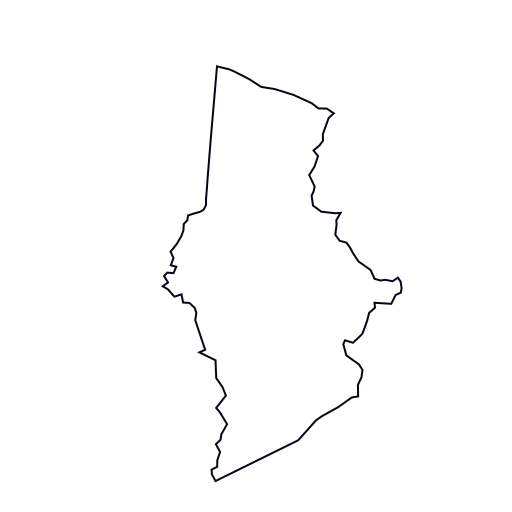 Morro Redondo, Rio Grande do Sul, Brazil, rotated 336°
{"feature_id": "56859067B73555987690660", "entity_name": "Morro Redondo", "entity_type": "district", "adm_level": 2, "iso_a3": "BRA", "parent_name": "Brazil", "parent_adm1": "Rio Grande do Sul", "projection": "albers", "projection_center": [-52.634, -31.623], "detail": "fine", "context": "isolated", "style": "outline", "palette": "ink", "viewbox_px": 512, "rotation_deg": 336, "n_neighbors": 0, "source": "geoboundaries", "source_scale": "gbopen_adm2", "svg_char_len": 1577}
<svg xmlns="http://www.w3.org/2000/svg" viewBox="0 0 512 512"><g transform="rotate(336 256 256)"><path d="M163.8,236.9L164.9,244.4L158.5,245.7L162.0,250.7L164.9,260.0L172.3,260.7L170.5,268.9L176.1,271.8L178.9,278.5L178.3,283.8L174.4,289.9L171.4,321.0L165.1,321.0L176.6,334.8L170.0,351.4L172.1,362.0L171.7,371.3L157.8,378.6L159.3,383.3L161.2,397.9L151.9,404.7L148.8,409.5L142.8,411.6L143.5,420.4L137.6,426.8L134.8,432.8L128.5,433.1L126.9,437.6L127.5,445.1L219.6,441.5L244.1,430.5L250.7,429.2L259.3,428.4L269.6,427.5L286.0,424.2L292.2,425.8L296.7,415.2L303.1,409.6L306.9,403.4L306.0,397.1L298.1,383.5L299.9,372.0L303.0,369.2L309.3,374.7L317.2,372.0L321.7,370.2L330.9,360.7L336.2,354.0L343.7,351.6L345.2,346.9L360.1,354.7L367.7,348.4L373.4,348.4L375.9,344.7L377.7,338.3L376.8,333.5L370.6,334.6L364.3,330.3L359.7,329.0L355.0,325.0L355.0,315.4L347.4,302.7L345.8,293.1L345.4,287.3L344.1,280.6L338.6,276.1L337.1,268.8L342.2,260.5L343.9,256.0L350.8,251.0L345.8,249.2L333.7,242.1L328.6,233.1L331.3,223.6L335.2,220.1L337.9,216.3L337.5,203.7L345.7,198.2L353.3,190.0L351.5,183.0L359.2,180.7L364.1,177.9L366.6,171.9L378.6,159.4L385.1,157.3L380.6,150.1L373.1,146.6L369.1,139.2L355.7,124.0L341.0,111.1L329.5,103.6L321.8,91.8L318.7,87.9L311.0,78.4L307.6,74.7L297.5,66.9L262.7,129.9L243.4,165.3L238.3,174.9L235.9,179.3L233.8,183.1L231.0,189.2L227.0,192.4L222.9,192.9L216.1,191.9L210.5,191.3L207.7,195.5L203.0,197.4L200.2,203.0L196.2,207.2L188.5,212.8L179.7,217.3L179.8,224.3L174.4,229.8L178.8,233.4L173.7,238.1L168.2,235.1L163.8,236.9Z" fill="none" stroke="#020617" stroke-width="2"/></g></svg>